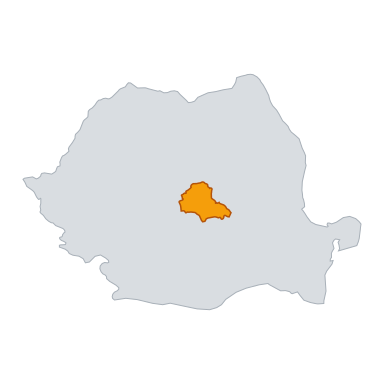 Brasov on a map of Romania (Albers equal-area conic projection)
{"feature_id": "ROU-305", "entity_name": "Brasov", "entity_type": "County", "adm_level": 1, "iso_a3": "ROU", "parent_name": "Romania", "parent_adm1": "", "projection": "albers", "projection_center": [25.29, 45.778], "detail": "fine", "context": "in_parent", "style": "filled", "palette": "amber", "viewbox_px": 384, "rotation_deg": 0, "n_neighbors": 0, "source": "natural_earth", "source_scale": "10m", "svg_char_len": 5221}
<svg xmlns="http://www.w3.org/2000/svg" viewBox="0 0 384 384"><path d="M306.9,216.7L310.8,221.9L315.8,224.5L327.0,227.0L328.0,226.6L328.1,226.0L327.3,225.3L327.1,224.3L327.6,223.1L329.1,223.0L331.7,223.9L336.4,222.2L343.3,217.6L349.7,216.4L355.7,218.6L358.9,221.4L361.0,224.0L360.5,227.4L360.3,229.6L359.2,238.5L358.3,241.8L356.8,245.6L338.5,250.9L339.6,248.7L339.0,245.0L338.1,242.3L339.7,239.7L335.5,239.0L333.8,240.4L332.5,242.9L334.0,248.4L332.1,251.6L331.4,253.3L331.5,257.4L330.3,259.2L330.2,261.1L333.1,260.5L332.0,264.1L326.7,271.1L324.9,275.1L326.0,291.1L323.9,300.7L323.8,303.5L317.9,303.9L316.1,303.7L310.4,302.5L303.9,300.2L300.0,295.4L297.5,291.9L292.2,293.7L291.2,293.3L289.7,291.7L285.6,290.6L280.6,290.8L269.2,284.6L268.0,283.5L259.2,284.8L246.1,288.2L236.1,292.3L225.7,299.4L221.5,304.7L216.7,307.6L209.7,309.7L197.2,308.9L184.2,306.2L170.2,303.2L162.7,304.7L152.5,303.3L137.2,299.6L125.8,298.3L114.5,300.0L112.6,298.4L112.2,296.6L112.8,294.2L114.4,292.2L117.2,290.8L118.7,289.3L118.8,287.7L115.9,285.1L109.7,281.4L107.2,279.2L106.6,278.6L106.5,276.6L105.3,275.1L102.9,273.9L101.1,271.8L99.9,268.8L100.2,266.0L102.2,263.5L104.7,262.5L107.6,262.9L108.8,262.2L108.4,260.4L105.6,258.0L100.5,255.0L95.1,256.3L89.4,262.0L85.4,262.8L83.2,258.7L79.0,256.2L72.9,255.2L69.2,253.5L67.8,251.1L65.2,249.2L59.4,247.1L59.4,245.3L60.4,244.9L62.5,244.8L65.3,244.6L65.8,243.6L65.9,242.7L63.8,241.4L61.6,240.5L60.4,239.6L59.7,238.7L59.6,237.7L60.3,237.1L61.2,237.1L62.1,236.6L62.7,234.5L64.0,232.8L64.9,232.2L64.9,230.9L64.1,229.6L62.9,228.5L61.2,227.8L55.7,225.6L53.0,222.9L51.2,222.7L48.6,221.2L45.8,218.8L43.4,215.4L40.8,213.2L40.1,212.3L40.1,211.5L40.6,210.7L40.7,209.7L40.1,206.5L40.8,203.3L40.8,200.2L40.9,198.8L40.4,198.3L39.9,198.8L39.2,199.3L38.5,199.4L36.6,197.0L34.3,192.3L32.7,190.6L29.5,188.3L26.8,186.4L25.0,182.4L23.0,179.3L24.5,178.2L32.6,176.9L36.3,178.9L38.0,178.3L39.7,177.0L40.7,176.0L40.9,174.8L41.8,173.4L44.5,172.9L51.7,174.1L54.7,172.2L55.8,171.2L56.6,168.7L57.4,166.8L60.0,165.9L60.1,164.0L59.8,162.1L61.5,157.7L62.5,156.0L64.0,155.4L65.8,154.1L68.9,151.3L68.4,148.8L69.1,147.0L72.4,142.6L75.0,138.3L75.1,136.1L75.5,134.3L77.7,132.3L80.0,129.6L83.3,121.2L84.4,119.9L86.4,118.3L87.9,116.8L88.3,111.2L89.6,109.6L92.3,107.9L94.9,105.1L97.1,101.8L98.7,100.2L100.8,99.9L103.2,98.6L105.7,98.2L108.2,98.9L109.7,98.6L112.1,97.0L118.3,90.9L119.2,89.7L120.5,88.8L125.4,86.8L126.7,84.7L128.4,82.8L130.6,83.0L137.5,88.0L145.1,87.8L146.5,88.1L146.9,88.2L147.8,88.6L157.8,91.2L159.4,90.9L159.8,90.7L163.8,92.8L167.4,92.6L170.8,91.2L174.4,90.8L177.6,91.6L180.1,94.5L186.4,100.4L188.3,102.6L191.3,102.3L194.6,101.2L197.9,97.3L208.0,92.8L215.7,91.6L223.2,89.8L231.9,88.4L234.4,84.7L235.7,82.2L236.7,77.6L241.3,76.2L245.7,75.2L247.3,74.6L250.5,74.3L253.1,74.7L257.0,76.9L259.8,79.7L260.9,81.9L263.3,85.1L265.8,89.6L268.7,95.5L269.4,98.5L270.5,101.8L272.6,105.7L276.6,110.1L277.1,110.9L279.0,114.0L282.6,120.8L285.5,123.5L288.1,126.4L289.4,129.4L291.3,132.1L295.6,135.6L299.1,138.8L302.2,148.2L304.3,152.5L305.6,155.8L305.3,162.6L306.1,165.5L304.7,170.9L302.3,181.7L301.9,190.2L302.5,194.7L302.7,197.7L303.5,199.5L304.4,203.4L304.6,206.7L303.6,207.7L302.2,208.6L301.7,209.3L303.1,210.8L305.0,213.6L306.9,216.7Z" fill="#d9dde1" stroke="#a8b0b8" stroke-width="1"/><path d="M207.0,218.5L206.3,218.9L206.0,219.2L205.7,219.9L205.5,220.4L204.9,221.3L202.7,221.8L201.5,220.4L199.5,215.9L199.0,215.3L198.4,214.9L197.8,214.6L197.2,214.3L195.9,213.1L195.0,212.5L191.0,212.0L188.8,212.2L187.8,212.1L187.3,212.1L186.9,212.3L186.3,212.7L185.8,212.8L185.6,212.7L185.3,212.3L185.0,211.8L184.5,211.2L184.0,210.9L183.5,210.8L181.2,211.0L181.1,209.9L181.0,209.2L180.9,207.7L180.6,206.0L180.5,205.4L180.3,204.8L179.2,202.4L179.1,201.9L179.3,201.4L179.8,201.0L181.1,200.5L181.8,200.3L182.4,200.0L182.9,199.7L183.1,199.1L183.0,198.8L182.8,198.6L182.5,198.5L182.3,198.2L182.2,197.9L182.2,197.4L182.3,196.9L182.1,196.5L181.6,195.9L181.5,195.6L181.5,195.2L181.8,194.9L183.4,194.1L183.9,193.5L184.5,193.2L184.9,193.1L185.2,193.2L185.5,193.3L186.0,193.2L186.1,192.7L186.1,192.3L185.9,191.6L186.0,191.3L186.2,191.1L188.2,190.0L190.3,188.3L191.1,187.3L190.8,186.2L191.0,185.8L191.2,185.2L191.6,184.8L192.3,184.2L192.8,183.9L193.4,183.7L196.6,183.6L198.4,183.2L200.3,182.9L202.2,182.0L202.8,182.0L203.4,182.1L204.2,182.5L204.7,183.1L205.3,183.5L206.9,184.0L207.8,185.1L207.6,185.8L207.7,186.3L208.0,186.8L209.2,187.7L209.7,188.3L210.0,188.0L210.7,188.0L211.4,188.2L211.8,188.5L212.0,189.4L211.5,191.1L211.6,191.6L211.6,192.0L211.4,192.7L211.3,193.8L211.4,197.2L211.5,198.0L211.9,198.6L214.4,200.3L215.5,201.5L215.6,203.2L216.2,203.2L216.5,203.1L216.8,202.8L217.3,203.2L217.8,203.1L218.3,202.9L218.9,202.8L219.1,202.5L219.6,203.3L220.3,203.7L223.6,204.9L224.5,205.5L225.6,206.6L226.1,207.5L226.7,208.6L227.1,208.9L227.8,209.2L228.4,209.6L229.1,210.1L230.3,211.9L231.0,212.7L229.1,216.9L227.4,216.6L225.5,215.5L224.7,215.4L224.3,215.6L224.0,216.0L223.8,216.6L223.8,217.1L223.6,217.8L223.3,218.4L222.6,219.0L221.9,219.2L221.4,219.1L221.1,218.8L220.7,218.0L220.4,217.7L220.0,217.4L219.5,217.5L218.5,217.8L218.0,217.7L216.5,217.1L214.9,216.8L214.1,216.9L208.1,218.0L207.6,218.2L207.0,218.5Z" fill="#f59e0b" stroke="#b45309" stroke-width="1.5"/></svg>